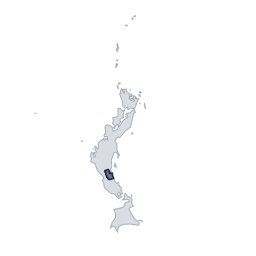 Yamagata highlighted on a map of Japan, rotated 139°
{"feature_id": "JPN-1868", "entity_name": "Yamagata", "entity_type": "Prefecture", "adm_level": 1, "iso_a3": "JPN", "parent_name": "Japan", "parent_adm1": "", "projection": "albers", "projection_center": [140.093, 38.419], "detail": "fine", "context": "in_parent", "style": "filled", "palette": "slate", "viewbox_px": 256, "rotation_deg": 139, "n_neighbors": 0, "source": "natural_earth", "source_scale": "10m", "svg_char_len": 5118}
<svg xmlns="http://www.w3.org/2000/svg" viewBox="0 0 256 256"><g transform="rotate(139 128 128)"><path d="M178.3,80.1L181.4,80.9L181.4,86.4L183.7,89.9L184.9,96.9L184.5,99.5L182.3,102.3L181.9,105.3L179.6,105.8L178.7,107.4L179.0,115.8L176.3,123.0L178.3,127.1L175.5,128.9L174.8,131.5L171.4,133.7L171.3,130.6L173.1,128.3L171.4,127.7L170.2,129.7L170.3,131.8L167.5,130.7L166.4,134.3L164.7,136.1L164.5,133.2L165.2,132.8L163.9,131.9L160.3,136.2L152.8,136.1L154.2,134.6L152.2,134.0L151.5,134.8L151.2,132.2L149.2,135.2L151.5,137.2L151.3,138.1L147.7,139.2L144.7,144.0L143.2,144.6L141.5,144.0L139.5,140.2L139.5,137.9L141.7,135.3L137.3,133.9L126.3,136.9L120.8,136.3L119.3,140.1L116.7,138.2L111.1,138.2L112.0,134.9L114.4,135.0L125.6,127.0L132.6,127.6L140.6,126.1L141.5,127.9L145.4,127.5L146.7,126.2L146.6,123.4L151.0,118.4L152.1,113.3L155.2,112.2L152.4,115.4L153.1,117.7L154.5,118.5L161.6,114.9L165.3,109.8L168.4,107.8L171.3,101.4L172.9,95.4L172.5,93.5L170.9,93.0L172.6,90.2L172.3,86.9L174.3,85.5L174.9,82.3L176.4,82.6L177.1,85.6L179.4,85.1L180.2,82.5L177.4,83.1L177.4,82.1L178.3,80.1ZM195.0,58.5L200.3,59.8L204.0,56.3L202.9,61.8L204.3,64.6L207.2,63.8L201.9,67.2L196.3,68.4L193.2,72.3L192.1,75.8L183.7,71.3L178.5,73.3L175.4,71.5L174.5,73.7L179.5,77.6L176.5,77.6L174.2,80.5L172.8,80.4L173.2,76.8L171.5,73.8L171.7,71.4L175.1,68.3L174.9,65.5L179.3,66.5L180.7,65.7L182.8,55.9L181.7,50.5L182.2,48.5L183.7,47.6L189.4,54.2L195.0,58.5ZM112.6,141.4L116.1,141.8L114.8,144.3L117.2,144.7L117.6,147.8L115.0,150.9L112.0,159.3L110.1,158.8L110.2,160.3L107.1,161.9L108.3,156.4L106.7,157.4L106.6,160.6L103.7,158.4L105.1,157.0L104.6,152.9L108.1,149.0L107.2,148.6L107.7,147.2L105.8,144.2L105.0,144.7L105.1,146.8L106.2,146.9L106.1,148.1L104.2,147.4L102.1,148.7L101.9,144.7L103.9,146.7L101.4,143.2L109.7,138.5L111.3,139.1L112.6,141.4ZM131.8,136.9L136.3,138.2L136.8,141.5L134.3,143.1L132.7,145.9L129.2,143.6L126.7,144.6L123.0,149.3L121.0,147.8L120.8,143.6L118.2,144.1L122.6,141.6L124.8,138.5L126.4,139.9L129.1,139.4L129.4,137.6L131.8,136.9ZM85.7,194.7L82.6,196.0L81.8,198.3L80.6,198.6L83.1,194.1L84.5,194.5L85.9,192.9L85.7,194.7ZM163.4,108.0L161.1,109.9L161.3,107.9L163.0,106.0L162.6,107.9L163.4,108.0ZM97.9,181.2L95.2,184.0L93.9,182.9L97.9,181.2ZM104.0,151.7L103.1,151.5L103.7,149.3L104.8,149.3L104.0,151.7ZM138.3,137.8L136.6,137.7L138.9,135.8L138.2,136.9L138.3,137.8ZM106.0,167.9L104.8,167.8L104.5,166.8L106.3,166.9L106.0,167.9ZM101.9,132.6L100.4,133.9L101.9,131.5L101.9,132.6ZM108.5,167.1L107.9,166.7L109.6,163.7L109.4,165.2L108.5,167.1ZM94.8,146.1L95.9,146.5L96.2,147.4L94.8,147.6L94.8,146.1ZM100.8,134.6L99.6,135.6L100.0,134.2L100.8,134.6ZM50.4,208.4L48.8,208.1L48.9,207.9L49.7,207.2L50.4,208.4ZM129.0,121.6L128.1,121.8L127.9,120.8L128.6,120.5L129.0,121.6ZM97.6,146.0L97.2,145.1L98.1,143.7L98.5,144.9L97.6,146.0ZM53.7,207.1L53.1,208.3L52.3,208.2L52.1,207.5L53.7,207.1ZM92.1,186.9L91.4,186.8L91.7,185.4L92.0,185.4L92.1,186.9ZM180.1,50.8L179.2,50.5L179.1,50.1L179.8,49.9L180.1,50.8ZM106.8,149.7L105.6,150.4L105.3,150.0L106.8,149.7ZM169.5,75.3L169.1,74.5L169.9,74.2L169.5,75.3ZM119.7,139.9L120.5,139.7L121.4,139.7L119.7,139.9ZM178.6,48.1L178.5,49.6L178.2,48.0L178.6,48.1ZM101.0,142.8L100.0,143.6L101.5,142.2L101.0,142.8ZM62.6,206.8L61.3,206.7L61.6,205.6L61.9,206.2L62.6,206.8ZM103.3,138.6L102.5,139.3L102.9,138.3L103.3,138.6ZM134.4,135.6L133.8,136.5L133.4,135.7L134.4,135.6ZM94.5,183.5L94.2,184.1L94.0,183.4L94.5,183.5ZM168.6,134.8L168.4,135.5L168.3,134.8L168.6,134.8ZM101.5,155.4L100.9,155.6L101.5,155.1L101.5,155.4ZM122.2,137.7L122.2,138.4L121.6,138.3L122.2,137.7ZM171.6,148.5L170.9,148.6L170.9,148.2L171.6,148.5ZM188.4,199.7L188.5,200.5L188.0,199.6L188.4,199.7Z" fill="#d9dde1" stroke="#a8b0b8" stroke-width="1"/><path d="M169.6,104.2L169.8,103.7L170.0,103.3L170.1,103.1L170.7,102.5L170.9,102.3L171.1,102.0L171.3,101.0L171.6,100.2L171.7,99.7L171.8,99.5L172.3,99.7L172.5,99.6L172.9,99.9L173.2,100.0L173.3,100.1L173.5,100.1L173.7,100.3L173.8,100.3L174.3,100.4L174.5,100.4L174.7,100.5L175.1,100.7L175.2,100.8L175.3,101.0L175.5,101.4L175.9,101.4L176.0,101.6L176.2,101.9L176.3,102.2L176.4,102.4L176.4,102.5L176.3,102.8L176.4,103.0L176.3,103.3L176.2,103.4L175.9,103.4L175.9,103.5L176.0,103.9L176.0,104.0L176.0,104.3L176.1,104.5L176.3,104.8L176.2,104.9L176.2,105.1L176.1,105.4L176.0,105.5L175.8,105.7L175.8,105.9L175.7,106.0L175.5,106.3L175.5,106.6L175.5,106.9L175.5,107.1L175.4,107.2L175.4,107.4L175.3,107.5L175.2,107.7L175.0,107.9L174.9,108.0L174.7,108.1L174.4,108.2L174.3,108.3L174.2,108.9L174.2,109.2L174.2,109.4L174.2,109.7L174.2,110.0L174.3,110.3L174.2,110.4L174.2,110.5L173.9,110.7L173.7,110.7L173.3,110.8L173.2,110.9L173.0,110.7L172.9,110.6L172.7,110.6L172.4,110.6L172.2,110.2L171.9,110.2L171.7,110.2L171.4,110.2L171.2,110.2L170.7,110.1L170.5,109.9L170.3,109.8L170.1,109.6L170.0,109.3L170.1,109.2L170.1,108.9L170.2,108.6L170.2,108.4L170.4,108.0L170.5,107.1L170.6,106.9L170.9,106.9L171.1,106.9L171.3,106.8L171.5,106.7L171.7,106.3L171.7,106.2L171.5,105.9L171.3,105.7L171.2,105.7L170.9,105.7L170.7,105.5L170.6,105.4L170.6,105.2L170.6,104.9L170.6,104.7L170.3,104.5L169.7,104.2L169.6,104.2Z" fill="#64748b" stroke="#1e293b" stroke-width="1.5"/></g></svg>